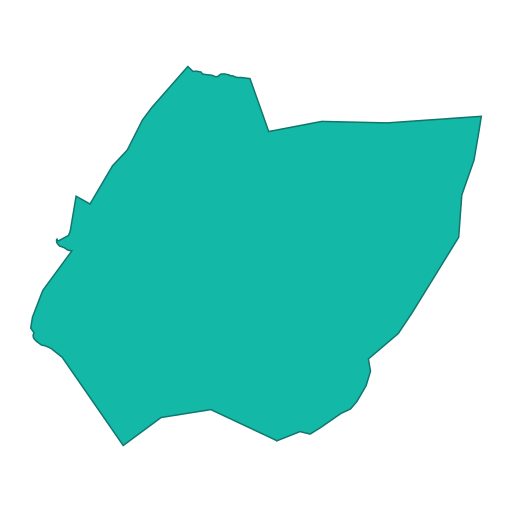 outline of Biger, Govi-Altay, Mongolia, rotated 270°
{"feature_id": "93677404B62512479236782", "entity_name": "Biger", "entity_type": "district", "adm_level": 2, "iso_a3": "MNG", "parent_name": "Mongolia", "parent_adm1": "Govi-Altay", "projection": "mercator", "projection_center": [97.259, 45.717], "detail": "fine", "context": "isolated", "style": "filled", "palette": "teal", "viewbox_px": 512, "rotation_deg": 270, "n_neighbors": 0, "source": "geoboundaries", "source_scale": "gbopen_adm2", "svg_char_len": 1208}
<svg xmlns="http://www.w3.org/2000/svg" viewBox="0 0 512 512"><g transform="rotate(270 256 256)"><path d="M221.9,43.0L217.8,41.3L194.9,32.5L183.9,30.7L179.4,33.9L176.8,33.1L174.8,33.3L173.1,34.2L170.6,36.5L167.0,41.4L166.1,45.4L163.8,50.7L154.7,62.2L66.5,123.2L94.5,161.1L102.4,210.8L78.0,262.7L71.3,276.9L71.2,276.9L80.4,300.0L77.9,310.1L84.3,320.4L98.6,341.0L103.0,350.5L110.5,356.9L126.3,366.1L140.7,370.5L153.1,368.4L178.4,398.2L199.2,412.1L274.8,458.7L317.0,461.8L351.8,474.0L379.2,478.7L395.7,481.3L389.1,387.1L390.6,321.7L380.5,268.7L433.4,250.0L434.6,240.3L434.4,238.7L434.7,237.7L434.5,236.3L435.2,235.3L436.2,232.6L436.2,230.1L437.2,229.0L437.5,227.0L438.1,224.6L438.0,222.6L438.0,220.9L436.7,219.3L435.4,217.5L435.4,214.9L436.4,213.0L436.8,211.6L437.0,209.6L437.3,207.1L437.8,203.3L438.4,202.1L440.0,201.0L440.1,200.2L440.9,196.3L440.6,193.0L445.5,187.8L404.3,151.6L391.9,142.4L362.0,127.3L346.2,112.5L308.0,90.0L315.8,76.1L281.3,70.3L276.6,68.6L271.6,59.3L271.1,59.0L271.2,58.1L272.1,57.3L272.8,57.0L272.1,56.5L269.5,56.7L267.7,58.0L265.8,59.7L265.5,61.1L264.2,64.4L262.3,67.1L261.7,68.3L261.5,69.8L261.2,71.9L221.9,43.0L221.9,43.0Z" fill="#14b8a6" stroke="#0f766e" stroke-width="1.5"/></g></svg>